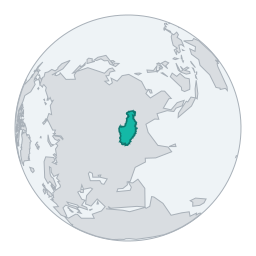 globe centered on Xizang, rotated 272°
{"feature_id": "CHN-1662", "entity_name": "Xizang", "entity_type": "Autonomous Region", "adm_level": 1, "iso_a3": "CHN", "parent_name": "China", "parent_adm1": "", "projection": "orthographic", "projection_center": [89.0, 31.884], "detail": "fine", "context": "on_globe", "style": "filled", "palette": "teal", "viewbox_px": 256, "rotation_deg": 272, "n_neighbors": 0, "source": "natural_earth", "source_scale": "10m", "svg_char_len": 15433}
<svg xmlns="http://www.w3.org/2000/svg" viewBox="0 0 256 256"><g transform="rotate(272 128 128)"><circle cx="128" cy="128" r="113" fill="#eef3f6" stroke="#a8b0b8"/><path d="M170.1,23.5L168.6,23.8L173.5,28.3L178.4,31.0L174.7,29.7L186.2,35.9L191.0,40.6L183.5,34.7L181.1,33.6L183.4,36.2L181.4,35.7L181.4,36.8L178.9,36.2L174.7,33.1L173.0,32.7L174.7,34.6L173.2,35.4L171.0,32.6L168.3,33.7L160.8,29.5L156.9,23.8L150.7,22.0L141.3,17.9L140.1,18.2L135.8,17.3L132.8,17.4L131.9,16.9L130.3,17.4L131.7,17.9L131.4,18.4L129.8,18.6L128.3,17.9L129.0,17.7L127.7,17.6L127.7,17.2L126.8,17.5L125.2,16.8L124.3,17.8L121.0,17.6L120.7,17.1L123.9,16.7L131.1,15.5L131.7,15.4L130.6,15.4L138.7,15.9L146.7,16.9L154.7,18.6L162.5,20.8L170.1,23.5ZM113.5,16.3L115.4,16.1L114.6,16.3L116.3,16.4L112.6,16.9L108.1,17.5L106.5,17.5L104.5,17.9L103.2,18.5L97.5,19.6L89.1,22.3L88.6,22.5L96.7,19.8L105.1,17.7L113.5,16.3ZM172.7,24.8L171.1,24.1L172.6,24.6L173.0,24.8L172.7,24.8ZM182.3,33.2L180.9,31.9L182.9,33.3L182.3,33.2ZM181.8,37.1L182.9,37.7L182.4,38.1L181.8,37.1ZM118.2,16.1L117.3,16.2L117.5,16.1L118.2,16.1ZM119.9,16.1L120.7,15.9L121.6,15.9L121.1,16.0L119.9,16.1ZM178.2,37.4L177.1,38.0L177.5,36.9L178.2,37.4ZM118.6,16.4L123.1,15.9L124.7,15.9L123.9,16.5L118.6,16.4ZM176.0,37.9L173.6,39.6L175.6,40.9L168.4,38.4L172.9,37.6L173.0,36.0L174.3,37.4L176.0,37.9ZM132.8,18.0L131.3,17.5L134.1,17.8L132.8,18.0ZM134.7,18.1L143.6,18.8L145.1,19.9L141.8,19.3L144.9,20.7L141.3,20.8L138.7,20.1L138.5,19.3L137.2,20.0L134.7,18.1ZM164.8,36.8L163.6,36.9L164.1,36.3L164.8,36.8ZM131.5,18.6L133.2,18.6L134.6,19.4L131.5,19.6L132.0,19.3L131.5,18.6ZM147.6,21.1L148.1,21.9L145.2,22.2L145.0,22.6L141.3,20.9L147.6,21.1ZM130.9,19.2L129.9,19.8L127.7,19.6L130.0,18.7L130.9,19.2ZM136.3,19.6L136.8,20.0L135.5,19.8L136.3,19.6ZM119.5,19.6L121.5,19.4L122.4,19.8L119.5,19.6ZM129.6,20.0L130.4,20.1L131.0,20.3L129.9,20.6L129.6,20.0ZM139.5,21.3L138.2,21.3L140.9,22.0L138.9,22.3L136.8,21.2L136.8,21.9L136.2,22.0L135.2,21.0L139.5,21.3ZM130.5,21.6L127.1,20.6L123.2,20.8L122.3,20.5L128.7,20.1L130.5,21.6ZM133.3,21.3L131.4,21.4L131.2,20.7L132.5,20.3L133.3,21.3ZM138.3,23.1L141.9,22.7L142.3,23.0L138.3,23.1ZM129.4,21.8L130.2,22.0L129.1,21.8L129.4,21.8ZM135.6,22.7L136.8,22.6L137.2,22.9L135.6,22.7ZM130.9,22.8L129.8,22.4L130.6,22.1L130.9,22.8ZM133.1,22.8L133.2,23.3L131.6,22.2L133.6,22.7L133.1,22.8ZM135.7,23.1L136.3,23.2L135.1,23.1L135.7,23.1ZM128.4,24.4L126.1,23.0L127.9,22.2L129.9,23.6L128.4,24.4ZM27.9,76.3L36.9,68.0L35.9,71.9L40.0,78.6L39.9,80.5L36.2,84.5L36.6,97.4L40.6,95.3L44.2,104.4L48.7,107.9L56.0,99.7L48.7,93.8L50.6,88.2L59.0,89.0L65.9,94.7L66.9,92.7L65.2,85.7L69.5,83.8L65.0,83.0L64.8,85.7L61.9,85.5L61.9,83.0L63.5,82.4L62.2,80.0L55.2,84.3L54.3,87.5L49.2,84.4L47.2,89.5L44.9,90.3L47.4,82.0L49.3,79.9L51.8,69.7L49.4,71.5L46.9,81.5L46.4,79.9L43.1,82.9L45.3,79.3L48.7,68.4L45.9,65.8L37.7,69.9L37.1,68.2L38.7,64.1L46.5,56.4L47.0,61.2L49.8,59.0L53.8,53.7L53.6,55.8L55.3,54.3L55.8,56.2L60.7,55.1L61.9,56.7L67.7,53.0L69.1,53.5L65.3,55.4L63.2,57.8L66.7,62.4L68.5,62.3L72.0,59.7L72.5,61.5L75.4,58.4L79.3,60.1L77.0,55.6L81.1,52.9L85.5,52.4L86.5,50.8L79.2,51.8L76.7,52.9L75.1,55.1L67.9,58.2L65.9,57.5L71.9,51.6L69.7,50.0L75.4,46.5L91.5,45.3L96.3,46.8L95.9,54.9L92.6,56.0L91.0,53.5L88.9,58.3L90.8,56.7L91.2,58.3L95.2,56.5L95.7,57.6L98.6,54.2L99.7,55.4L97.8,57.5L104.5,56.3L107.8,58.4L109.0,57.6L109.5,56.2L113.3,60.1L114.1,59.3L113.1,57.8L114.1,55.4L117.3,52.9L118.4,54.4L117.4,55.5L117.0,60.2L114.2,63.2L115.0,63.5L117.7,61.3L118.2,55.5L119.8,53.6L120.0,56.2L120.1,55.1L121.2,54.7L123.4,55.6L123.3,52.8L134.4,46.8L139.7,48.4L138.7,51.2L147.6,49.5L152.9,52.2L152.1,50.6L155.7,49.2L154.1,48.3L154.0,47.5L162.7,44.3L165.6,44.9L168.4,42.4L167.9,41.7L165.9,41.1L168.4,38.4L175.6,40.9L176.3,42.3L180.4,43.2L181.3,46.4L183.9,49.8L182.5,53.2L184.7,55.8L186.0,55.9L190.0,59.7L193.6,67.8L184.8,60.8L178.3,50.0L180.4,54.2L178.2,53.2L177.8,54.8L179.5,57.9L180.8,58.3L174.4,64.3L174.9,73.7L179.1,72.4L182.6,74.6L186.9,85.7L181.9,102.6L186.5,107.0L187.4,110.3L184.6,112.9L183.3,108.1L179.7,107.0L179.4,104.1L174.5,107.2L173.9,103.2L170.4,107.8L172.6,110.8L177.2,109.3L174.4,115.5L180.1,120.3L181.6,126.9L175.0,139.9L166.9,144.5L166.6,146.7L163.0,144.7L158.8,149.3L166.1,160.1L166.1,163.3L159.0,170.2L158.7,167.8L149.1,162.6L147.7,170.4L155.1,176.3L157.6,183.2L152.1,181.4L149.5,175.2L146.1,173.2L146.7,166.5L143.3,156.5L137.8,158.5L137.9,154.4L132.4,145.8L124.3,148.3L111.7,158.4L110.4,168.6L105.8,172.5L99.1,156.8L98.4,146.3L94.6,146.6L88.9,136.5L74.8,132.1L74.1,129.0L71.2,129.4L67.4,125.0L66.9,120.0L64.0,119.1L65.8,132.4L69.0,133.4L73.6,130.4L73.3,134.7L77.2,139.7L68.3,146.9L49.6,147.8L50.0,139.7L47.2,113.6L48.5,111.6L48.6,111.3L48.7,110.8L46.2,113.8L46.5,108.8L45.6,126.0L44.4,132.6L49.3,148.1L48.3,148.8L50.5,152.5L60.3,154.0L59.9,156.4L53.9,165.6L42.3,174.1L45.1,184.6L46.4,192.1L42.0,193.1L45.3,199.4L43.5,199.2L45.3,202.2L45.4,203.7L44.6,203.6L43.3,202.3L36.9,194.3L31.3,185.8L26.5,176.8L22.7,167.9L21.4,162.6L20.0,156.7L17.0,140.0L17.5,134.0L17.3,129.8L16.5,128.0L16.5,123.0L16.3,121.4L16.0,116.3L17.2,108.0L18.9,99.8L21.4,91.8L24.3,83.9L27.9,76.3ZM30.2,74.9L29.1,76.6L30.2,74.9ZM70.9,105.9L76.4,109.0L77.8,101.8L80.1,102.5L79.7,99.9L77.9,101.2L77.6,94.5L81.4,94.0L82.8,91.2L81.0,90.0L74.0,92.2L74.4,101.7L71.4,103.5L70.9,105.9ZM64.0,45.6L62.9,47.3L60.7,48.3L59.2,47.1L62.4,45.4L64.0,45.6ZM61.8,49.4L68.2,44.4L69.4,45.2L67.7,45.6L67.8,46.6L65.0,47.5L59.9,53.6L57.6,55.0L56.1,51.4L57.8,51.7L58.8,49.9L61.8,49.4ZM82.5,32.6L85.3,31.2L84.3,34.8L81.8,35.8L80.1,34.4L82.1,32.4L82.5,32.6ZM116.2,17.7L117.4,17.4L117.8,17.5L117.1,17.9L116.2,17.7ZM120.4,19.5L111.7,19.3L112.6,18.9L106.4,19.6L106.3,18.9L110.3,18.4L105.6,18.6L109.2,17.9L105.7,18.2L114.6,17.1L117.6,16.7L114.3,17.4L114.3,18.0L115.2,18.1L120.0,18.3L126.5,18.0L127.5,18.8L126.6,19.4L125.2,19.6L124.9,19.0L123.2,19.7L121.8,19.0L120.4,19.5ZM114.6,30.6L114.9,29.1L111.3,31.7L109.8,30.4L109.5,30.8L107.2,30.5L103.8,30.8L103.6,30.1L102.4,30.5L100.8,30.4L99.1,30.8L98.1,29.8L95.9,30.3L96.7,29.6L93.1,30.8L95.4,29.5L93.6,29.4L92.3,30.7L91.5,25.5L89.5,24.8L86.5,25.1L90.8,23.2L96.3,21.9L101.7,21.4L103.1,22.6L104.8,21.6L105.9,22.0L104.1,22.6L107.6,21.9L108.1,22.4L112.9,22.8L117.6,21.9L119.5,22.2L117.9,22.8L120.9,22.7L119.1,24.1L120.5,24.4L120.0,26.2L116.2,27.4L117.9,27.7L117.7,29.3L114.6,30.6ZM128.2,24.9L123.9,26.4L121.0,26.5L122.9,23.3L122.0,22.9L123.1,21.1L127.3,21.1L126.6,21.6L126.9,22.0L125.4,21.8L126.8,22.3L125.9,23.1L126.6,23.7L125.0,23.9L128.2,24.9ZM41.9,79.9L42.2,81.0L43.2,82.1L41.1,84.2L41.9,79.9ZM44.0,72.5L44.6,72.9L42.2,76.1L41.9,75.1L44.0,72.5ZM47.0,70.6L44.8,72.7L45.8,71.0L47.0,70.6ZM66.0,55.8L66.9,56.3L66.2,57.0L64.8,57.6L66.0,55.8ZM103.6,39.1L104.2,38.0L105.0,38.0L108.2,36.0L109.5,37.0L108.1,38.5L103.6,39.1ZM53.6,100.3L51.1,101.1L50.9,99.7L51.8,99.7L53.6,100.3ZM44.9,92.4L45.9,95.4L44.3,92.9L44.9,92.4ZM105.5,39.8L106.7,38.9L106.6,39.9L105.5,39.8ZM110.6,37.6L110.9,38.7L110.0,36.9L110.6,37.6ZM102.5,236.7L104.6,237.4L102.8,237.1L102.5,236.7ZM60.3,198.0L59.8,208.5L55.9,206.6L53.2,202.4L52.1,195.4L56.1,195.4L57.5,192.7L60.3,198.0ZM183.5,194.7L186.4,194.4L186.3,194.8L183.5,194.7ZM180.5,194.0L183.9,193.3L179.8,195.0L180.5,194.0ZM185.2,193.1L188.7,191.4L190.2,190.4L189.9,191.3L185.2,193.1ZM178.1,194.5L164.8,196.6L159.5,196.1L160.9,194.4L169.5,193.7L178.1,194.5ZM160.4,194.4L152.2,190.7L140.3,177.7L144.6,177.9L156.8,185.3L156.1,186.8L161.1,189.9L160.4,194.4ZM180.1,183.2L179.3,187.5L172.1,188.4L168.7,188.3L166.4,183.2L167.7,180.3L170.5,180.0L180.7,168.5L184.4,170.2L181.3,174.9L184.3,178.0L180.1,183.2ZM110.9,169.6L113.7,175.8L111.1,176.6L110.9,169.6ZM184.5,160.8L180.6,166.0L184.1,159.4L184.5,160.8ZM186.3,154.8L186.8,157.0L184.9,155.2L186.3,154.8ZM166.8,149.9L163.9,150.8L163.7,149.1L167.3,147.1L166.8,149.9ZM182.7,132.5L183.3,137.4L183.0,139.1L181.3,136.5L182.7,132.5ZM118.5,48.3L112.5,49.8L109.1,51.9L108.6,54.5L106.8,51.6L112.1,48.4L118.5,48.3ZM132.3,46.7L132.7,44.7L134.2,45.4L134.3,45.9L132.3,46.7ZM131.3,45.7L128.7,43.7L130.1,42.5L131.9,44.2L131.3,45.7ZM116.9,41.2L115.1,41.5L115.2,40.6L116.9,41.2ZM197.8,216.4L198.6,215.8L199.9,214.7L197.8,216.4ZM192.7,215.5L172.7,225.5L168.9,226.0L171.0,223.9L169.7,218.8L171.0,218.6L171.6,214.5L184.0,207.8L193.2,197.8L198.8,196.3L203.9,188.9L209.3,187.0L206.9,192.3L211.6,192.6L217.0,180.5L217.7,189.4L219.7,190.5L217.7,195.6L206.2,209.0L201.6,213.2L199.6,214.8L197.6,216.0L198.4,214.1L196.2,215.8L199.2,212.8L195.6,216.0L195.4,214.8L192.7,215.5ZM229.9,176.0L230.2,175.3L230.4,174.9L230.4,175.0L229.9,176.0ZM234.1,165.9L234.0,166.1L233.8,166.7L234.1,165.9ZM234.0,165.9L234.5,164.5L234.2,165.6L234.0,165.9ZM233.6,163.3L234.0,162.4L234.0,162.7L233.6,163.3ZM190.7,193.3L195.0,189.1L197.1,188.1L190.7,193.3ZM233.5,162.7L232.8,163.5L232.9,162.8L233.5,162.7ZM233.7,161.2L233.7,160.4L233.9,161.9L233.7,161.2ZM232.6,161.0L233.3,161.4L232.4,161.3L232.6,161.0ZM232.0,161.8L231.3,161.9L231.4,161.6L232.0,161.8ZM222.8,170.5L225.5,173.3L223.0,175.1L220.3,173.9L217.5,178.3L211.6,180.9L213.2,178.4L212.5,175.9L206.0,177.6L204.7,176.2L207.2,174.0L202.7,174.1L207.6,171.4L209.5,174.5L212.2,170.3L216.7,168.9L220.7,168.0L223.7,168.9L222.8,170.5ZM207.3,180.0L208.2,179.6L207.4,181.1L207.3,180.0ZM230.1,161.1L231.0,162.0L230.9,162.6L230.4,162.8L230.1,161.1ZM224.4,167.8L227.7,162.3L228.4,161.8L226.1,167.0L224.4,167.8ZM227.0,160.8L228.4,160.2L229.0,161.4L228.7,162.1L227.0,160.8ZM197.2,180.0L197.0,181.2L195.7,180.8L197.2,180.0ZM199.0,178.8L203.0,178.7L198.6,179.9L199.0,178.8ZM186.3,178.5L187.6,180.8L191.5,178.2L188.5,181.3L191.1,184.9L190.1,186.7L187.6,182.8L186.5,187.7L184.7,188.1L183.9,184.3L185.7,178.8L187.5,176.3L194.6,173.6L186.3,178.5ZM199.0,175.7L198.0,172.9L198.7,170.6L199.9,171.9L199.0,175.7ZM194.5,166.4L191.4,163.5L188.7,165.6L193.9,159.0L196.1,162.8L194.5,166.4ZM191.5,158.9L189.1,160.8L191.5,157.1L191.5,158.9ZM188.3,159.7L187.8,157.2L189.9,157.0L188.3,159.7ZM192.9,158.7L193.0,154.1L194.2,156.4L192.9,158.7ZM186.4,151.5L191.2,154.8L185.4,154.3L184.2,145.6L186.6,144.9L186.4,151.5ZM193.9,112.3L192.7,109.9L194.6,108.7L194.9,110.7L193.9,112.3ZM199.8,103.4L194.8,107.7L190.6,111.4L192.3,112.1L192.2,116.8L189.0,113.4L191.3,107.6L194.7,105.6L194.3,101.9L196.2,98.6L194.4,94.3L194.9,92.0L197.6,95.4L199.8,103.4ZM193.4,92.6L191.0,84.8L195.0,84.7L196.4,86.3L195.9,89.9L193.8,89.7L193.4,92.6ZM191.5,83.0L189.5,82.8L181.5,72.9L180.9,70.8L189.0,77.9L187.5,78.2L188.8,80.8L191.5,83.0ZM164.5,37.6L163.7,37.0L165.0,37.3L164.5,37.6ZM153.0,47.1L153.0,46.1L154.5,46.4L153.0,47.1ZM153.9,43.5L152.2,43.8L153.5,42.8L153.9,43.5ZM148.5,44.8L151.3,43.7L149.3,45.6L148.5,44.8Z" fill="#d9dde1" stroke="#a8b0b8" stroke-width="1"/><path d="M111.8,124.5L111.4,124.1L111.3,123.9L111.4,123.6L111.3,123.1L111.4,122.9L111.8,122.7L111.8,122.4L112.2,122.3L112.4,122.3L112.6,122.2L113.0,122.4L113.4,121.9L113.4,121.4L113.6,121.3L113.6,121.1L113.9,120.8L114.1,120.5L114.1,120.3L114.4,120.5L115.0,120.7L115.2,120.8L115.3,120.8L115.3,120.7L115.5,120.8L115.9,120.8L116.2,121.0L116.8,120.9L116.9,120.7L117.3,120.5L117.3,120.3L117.5,120.2L118.0,120.3L118.2,120.2L118.4,120.3L118.4,120.6L118.6,120.8L118.8,120.8L119.4,121.0L119.8,120.9L120.0,120.9L120.3,121.0L120.9,120.6L121.3,120.6L121.5,120.4L121.9,120.3L122.1,120.3L122.3,120.3L122.5,120.4L122.5,120.5L122.8,120.3L123.1,120.3L123.4,120.1L123.6,119.6L123.9,119.5L124.0,119.4L124.3,119.4L124.5,119.4L125.1,119.3L125.4,119.2L125.7,119.2L126.2,119.2L126.4,119.1L126.9,119.0L127.1,119.0L127.5,119.2L128.0,119.4L128.4,119.4L129.1,119.8L128.8,119.8L128.7,119.9L128.8,120.2L129.3,120.3L129.1,120.9L129.2,121.0L128.8,121.2L128.7,121.4L128.9,121.7L128.9,122.0L129.3,122.0L129.2,122.4L129.3,122.7L129.3,123.0L129.3,123.4L129.1,123.6L129.2,124.0L129.4,124.2L129.5,124.3L129.6,124.6L129.9,124.7L130.0,124.8L130.0,125.0L130.3,125.2L130.6,125.4L130.9,125.5L131.0,125.5L131.2,125.3L131.5,125.3L131.6,125.1L131.9,125.1L132.2,125.6L132.5,125.8L132.9,126.0L133.1,126.0L133.3,126.0L133.6,126.2L134.0,126.2L134.4,126.2L134.6,126.2L134.7,126.4L134.9,126.3L135.2,126.5L135.4,126.5L135.6,126.5L135.8,126.5L136.0,126.6L136.5,126.6L136.8,126.5L136.9,126.3L137.3,126.2L137.5,126.5L137.8,126.6L137.9,126.9L138.1,127.0L138.4,127.0L138.5,127.1L138.7,127.4L138.6,127.5L138.7,127.8L138.8,127.9L139.1,127.9L139.3,128.0L139.8,127.9L139.9,128.0L140.0,128.3L140.1,128.2L140.0,127.9L139.9,127.8L140.0,127.6L140.4,127.8L140.9,127.9L141.0,127.8L140.9,127.7L141.0,127.5L140.9,127.4L141.3,127.2L141.5,127.2L141.7,126.9L141.9,126.7L141.8,126.4L142.2,126.3L142.3,126.3L142.4,126.1L142.9,126.2L143.2,126.4L143.3,126.6L143.7,127.1L143.7,127.5L143.9,127.7L144.0,127.9L144.5,128.3L144.3,128.5L144.1,128.4L144.1,128.7L144.2,128.8L144.4,129.0L144.7,129.5L144.8,130.0L144.9,130.6L145.0,130.8L145.0,131.1L145.0,131.3L145.0,131.6L145.1,131.8L145.2,132.3L145.3,132.4L145.0,132.5L145.1,132.8L145.0,133.0L144.9,133.3L144.7,132.9L144.5,133.0L144.6,133.4L144.5,133.6L144.6,134.0L144.5,134.3L144.3,134.5L144.0,134.2L144.0,134.5L143.7,134.7L143.3,134.3L143.1,134.3L143.0,134.1L142.9,134.0L142.7,134.0L142.6,134.3L142.6,134.5L142.4,134.7L142.0,134.4L141.7,134.5L141.3,134.3L141.0,134.3L140.7,134.5L140.6,134.4L140.9,133.9L141.1,133.8L141.0,133.7L140.8,133.2L140.6,133.2L140.4,133.4L140.3,133.0L140.5,132.9L140.6,132.7L140.4,132.8L140.3,132.7L140.2,132.5L139.7,132.7L139.5,132.9L139.2,132.8L139.2,133.1L138.9,133.3L138.7,133.2L138.3,133.1L137.9,133.1L137.8,132.9L137.6,132.8L137.4,133.0L137.2,133.0L137.0,133.3L137.0,133.6L136.9,133.6L136.6,133.8L136.5,134.1L136.4,134.1L135.7,134.2L135.4,134.3L135.4,134.5L135.2,134.6L135.3,134.7L135.3,134.8L134.9,134.9L134.6,135.2L134.4,135.3L134.5,135.5L134.4,135.7L134.2,135.8L133.9,135.8L133.7,136.0L133.6,135.8L133.3,136.0L133.2,136.0L132.9,135.9L132.7,136.0L132.7,135.9L132.6,135.7L132.2,135.6L132.0,135.4L131.8,135.5L131.6,135.7L131.3,135.5L130.9,135.4L130.6,135.5L130.6,135.4L130.8,135.2L130.7,135.2L130.4,135.0L130.2,135.1L130.1,134.9L130.0,135.0L129.9,134.9L129.6,135.0L129.3,135.3L129.0,135.4L128.8,135.6L128.6,135.9L128.4,136.0L128.2,136.4L128.0,136.6L127.9,136.7L128.0,136.9L128.0,137.0L127.8,137.0L127.6,136.7L127.7,136.3L127.7,135.9L127.7,135.6L127.3,135.4L126.9,135.7L126.5,135.7L126.4,135.8L126.5,135.9L126.0,135.8L125.8,136.0L125.5,136.0L125.4,135.9L125.2,136.0L125.2,135.9L125.0,136.0L124.8,135.9L124.5,135.7L124.4,135.7L124.1,135.5L124.1,135.4L123.9,135.4L123.7,135.7L123.5,135.8L123.1,135.6L123.1,135.4L122.9,135.4L123.0,135.7L122.9,135.8L122.6,135.3L122.3,135.1L122.3,134.9L122.1,135.0L121.8,134.9L121.7,135.0L121.2,134.9L121.2,134.7L121.4,134.5L121.4,134.3L121.2,134.3L120.8,134.4L120.5,134.3L120.6,134.2L120.4,134.1L120.2,134.0L120.0,133.8L119.8,133.7L119.8,133.4L119.7,133.4L119.7,133.2L119.3,132.9L118.9,133.0L118.6,133.1L118.6,132.9L118.4,132.7L118.2,132.5L118.2,132.3L118.1,132.2L117.9,132.2L117.9,132.3L117.7,132.1L117.3,131.8L117.3,131.7L117.1,131.7L116.7,131.3L116.4,131.2L116.3,130.9L116.3,130.7L115.8,130.6L115.5,130.5L115.4,130.5L115.1,130.5L115.0,130.9L114.9,131.0L114.6,131.2L114.4,130.7L114.1,130.5L114.0,130.4L113.8,130.2L113.7,130.2L113.3,130.0L113.1,130.0L113.2,129.9L113.2,129.7L112.6,129.2L112.2,129.2L111.9,129.0L111.9,128.8L111.7,128.5L111.7,128.4L111.5,128.1L111.4,128.1L111.2,128.4L110.9,128.3L110.9,128.1L110.8,127.9L111.0,127.7L110.9,127.6L110.8,127.4L111.0,127.0L110.8,126.9L110.7,126.5L110.6,126.1L110.5,125.8L110.9,125.8L111.1,125.7L111.1,126.1L111.4,126.3L111.6,126.3L111.7,126.1L112.0,126.0L112.0,125.9L112.2,126.0L112.6,125.7L112.3,125.2L112.1,125.1L112.2,124.9L112.3,124.8L112.4,124.6L111.8,124.5Z" fill="#14b8a6" stroke="#0f766e" stroke-width="1.5"/></g></svg>